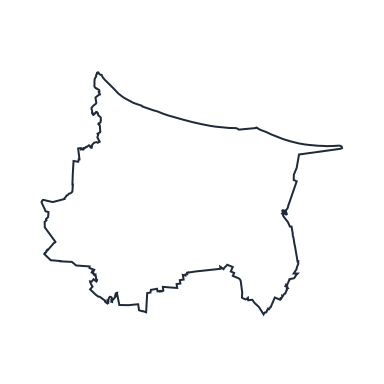 outline of Guasave, Sinaloa, Mexico, rotated 173°
{"feature_id": "50627088B56884755613455", "entity_name": "Guasave", "entity_type": "district", "adm_level": 2, "iso_a3": "MEX", "parent_name": "Mexico", "parent_adm1": "Sinaloa", "projection": "orthographic", "projection_center": [-108.478, 25.508], "detail": "fine", "context": "isolated", "style": "outline", "palette": "slate", "viewbox_px": 384, "rotation_deg": 173, "n_neighbors": 0, "source": "geoboundaries", "source_scale": "gbopen_adm2", "svg_char_len": 5869}
<svg xmlns="http://www.w3.org/2000/svg" viewBox="0 0 384 384"><g transform="rotate(173 192 192)"><path d="M299.7,249.1L299.7,238.2L300.4,238.3L300.4,238.2L300.7,237.1L301.3,235.9L305.8,237.2L308.2,224.0L309.8,214.0L309.3,213.9L310.7,207.0L311.5,206.3L312.5,205.6L314.4,205.3L315.8,204.0L316.9,203.9L317.8,202.6L319.4,201.3L319.5,201.1L319.4,200.6L331.3,199.0L332.1,199.2L340.0,202.1L340.4,202.2L341.1,202.2L342.5,200.6L342.6,200.4L342.2,198.8L340.2,192.7L340.2,192.4L339.7,190.8L339.1,190.5L338.2,190.2L337.8,189.9L336.9,189.6L336.9,189.3L337.9,184.7L340.2,182.9L339.9,181.6L341.9,180.3L342.4,174.8L333.6,159.1L334.1,158.6L334.9,158.4L335.6,158.1L335.8,157.7L340.4,153.6L342.0,152.1L342.3,152.1L342.6,152.4L342.8,152.2L343.2,151.7L343.2,151.3L343.9,151.0L344.0,150.2L344.8,149.5L345.0,149.7L345.6,149.4L346.2,148.4L340.5,141.5L331.4,139.6L330.9,139.5L331.0,139.2L322.9,137.8L319.8,137.3L315.9,133.2L314.0,132.8L302.7,130.6L303.0,129.0L298.5,126.7L299.7,125.0L300.7,125.5L301.4,124.3L299.4,123.0L299.7,122.3L299.6,122.0L298.6,121.0L297.8,121.6L297.7,117.2L297.1,116.5L297.5,116.3L297.2,115.5L297.8,114.8L300.3,117.4L302.5,115.3L304.1,115.7L304.0,114.8L303.5,113.2L302.3,110.1L305.0,107.8L303.5,105.9L302.5,104.8L300.6,102.4L300.1,102.0L300.1,101.8L297.7,99.6L296.3,99.2L291.2,94.4L291.6,93.7L289.5,91.6L288.7,92.0L289.1,93.2L288.9,94.2L288.9,94.3L288.6,94.0L288.3,93.9L288.3,94.5L287.9,95.5L287.7,96.2L286.8,97.6L286.0,98.0L285.3,97.7L284.6,97.0L284.6,96.4L284.6,95.5L285.1,94.8L285.3,94.7L285.1,93.4L285.4,92.9L284.7,92.6L284.7,93.2L284.1,94.4L283.9,94.5L283.6,94.6L283.1,95.3L282.9,95.2L282.1,96.1L281.1,96.9L280.4,97.7L280.9,98.1L280.3,98.5L280.7,98.8L280.3,100.0L280.0,100.3L280.0,100.6L279.2,101.1L278.6,101.1L278.8,100.5L278.8,100.3L277.9,88.7L268.8,87.4L259.9,87.2L259.1,87.1L259.0,81.1L255.6,79.6L255.1,79.7L252.2,78.2L248.8,97.1L245.5,97.3L245.5,97.6L245.0,98.7L244.7,99.9L243.5,99.9L238.5,100.2L238.3,97.6L235.6,97.7L235.8,97.1L235.6,97.1L234.3,97.1L234.3,97.3L233.1,97.2L232.5,97.6L232.5,101.4L222.2,99.3L218.4,98.6L218.5,102.5L214.7,102.6L214.8,106.0L211.0,106.1L211.2,110.8L208.7,109.9L208.5,111.0L206.8,110.9L206.7,112.5L205.5,112.5L205.3,112.7L205.0,112.5L197.3,112.7L193.4,112.6L173.1,112.3L173.1,114.4L170.1,111.6L169.3,112.7L168.0,113.8L166.9,114.5L165.9,115.5L160.7,112.6L163.2,108.4L160.0,106.5L161.7,103.8L156.5,100.8L155.7,100.2L155.4,99.8L154.8,98.8L154.5,97.6L154.4,86.4L154.5,85.7L155.2,81.6L155.2,81.1L155.0,80.7L154.7,80.5L152.0,78.9L151.4,78.9L151.1,79.0L149.4,80.2L149.4,77.7L145.3,77.7L143.4,74.2L139.8,70.0L139.3,69.1L135.9,61.8L135.1,63.0L134.8,63.0L134.4,63.5L132.9,63.6L131.6,65.8L131.4,65.7L130.7,67.0L129.7,66.4L128.7,67.9L128.0,68.0L124.1,74.7L122.6,77.2L117.8,74.4L117.1,75.7L116.5,75.2L116.1,75.8L115.8,76.3L115.6,76.5L115.1,77.2L115.1,77.6L114.8,77.3L113.3,79.2L112.8,79.6L112.1,79.7L111.6,80.1L111.2,81.0L109.8,83.2L109.7,83.6L109.6,84.5L108.6,84.7L108.8,85.0L109.3,84.8L109.1,85.2L108.8,85.6L108.8,85.9L110.8,87.1L109.9,88.7L108.9,88.2L106.1,92.9L105.9,93.0L106.0,93.5L105.7,93.6L105.1,93.7L101.4,93.9L100.8,94.3L98.9,96.7L97.1,98.2L101.0,98.7L99.0,101.1L98.1,102.1L97.6,102.8L97.4,103.2L97.4,103.8L95.2,108.0L95.2,109.5L95.0,110.2L95.7,110.1L96.4,125.7L96.7,128.5L96.8,133.2L97.3,137.2L97.0,138.7L97.2,140.0L97.4,145.5L99.0,145.7L100.5,150.5L104.0,156.3L104.8,159.0L105.2,159.7L103.6,160.5L105.2,163.0L104.7,162.7L103.8,162.8L102.5,162.3L103.0,159.9L103.0,159.4L102.9,159.2L101.4,158.2L101.0,158.2L100.6,158.4L101.3,162.2L99.7,163.6L99.2,164.2L98.5,165.5L98.1,167.0L97.9,167.1L86.8,189.8L89.6,191.6L88.8,196.8L85.2,203.1L81.2,216.2L39.3,216.8L37.8,217.3L38.0,217.8L37.8,218.2L37.8,218.5L37.9,218.8L38.2,219.1L39.3,219.8L40.0,220.0L41.8,220.2L46.8,220.5L52.7,221.1L56.5,221.8L61.0,222.5L70.3,224.5L73.7,225.3L79.7,227.1L85.6,229.3L89.7,231.0L95.3,233.5L106.5,239.6L111.2,242.6L115.9,245.0L118.0,246.3L119.1,247.4L120.1,248.1L120.4,248.1L120.7,248.0L120.8,247.7L137.9,248.2L138.6,248.9L139.9,249.8L142.0,250.3L146.7,250.9L160.3,253.9L165.4,255.3L174.0,258.1L182.2,261.0L191.1,264.5L206.1,270.8L211.1,273.2L214.2,274.9L216.7,276.3L220.4,277.8L231.0,283.0L231.3,283.7L239.3,287.6L247.5,293.4L249.8,295.4L253.1,298.7L257.9,305.2L264.5,313.5L266.3,316.1L267.3,318.4L267.4,319.2L267.6,319.3L268.1,319.3L268.3,319.4L268.7,319.6L269.3,320.1L270.2,321.4L270.3,321.9L270.6,322.2L271.0,321.8L271.3,321.7L271.5,321.4L271.8,321.6L272.0,321.1L272.4,320.2L272.9,319.8L273.1,318.2L273.6,317.8L274.8,316.1L275.1,315.0L275.1,314.4L275.5,313.0L275.5,311.7L275.7,310.7L276.0,308.9L275.8,308.2L275.3,307.4L275.0,306.8L274.2,306.6L274.0,306.1L273.3,305.8L273.0,305.4L272.0,304.9L271.6,304.2L271.7,302.7L271.9,302.6L272.4,302.6L272.4,302.2L272.2,302.0L272.0,301.1L271.8,300.7L271.4,300.3L271.6,299.9L272.6,299.9L276.3,297.5L276.1,292.1L276.8,291.2L278.9,290.0L280.3,288.9L281.4,287.8L281.6,286.5L281.3,285.0L281.3,283.9L281.5,283.3L281.6,282.5L280.8,280.7L280.4,280.5L280.0,280.8L280.1,281.4L280.1,281.8L279.7,282.0L278.8,281.8L278.2,281.8L277.9,282.1L277.9,282.6L277.8,282.9L277.5,283.1L276.9,283.1L276.3,282.6L275.8,281.5L275.7,279.7L275.6,279.4L274.4,278.2L273.5,277.1L273.5,276.4L273.7,275.3L273.7,274.2L274.1,273.6L274.1,272.7L274.7,272.1L275.2,271.7L276.2,271.6L276.4,271.4L276.6,270.9L276.2,270.7L276.1,270.8L275.9,270.7L276.0,269.9L275.4,269.4L275.4,269.2L275.7,262.7L275.8,262.5L277.8,261.8L278.6,261.3L278.0,260.6L279.3,257.7L277.5,253.1L279.5,252.4L280.4,253.1L282.2,253.0L283.3,252.7L284.7,251.6L285.5,250.6L286.2,248.1L286.8,248.2L287.4,248.8L287.7,249.9L287.8,250.5L288.5,250.9L288.9,250.8L290.2,249.9L290.9,249.8L291.0,249.6L291.4,249.5L291.7,249.3L292.0,249.4L292.1,249.2L292.8,248.8L293.1,248.9L293.5,248.9L293.8,248.7L294.1,248.1L294.3,247.6L294.7,247.4L295.1,247.3L295.3,247.5L295.3,247.9L295.0,248.3L295.0,248.5L295.3,248.4L295.8,248.0L297.0,247.8L297.0,249.1L299.7,249.1Z" fill="none" stroke="#1e293b" stroke-width="2"/></g></svg>